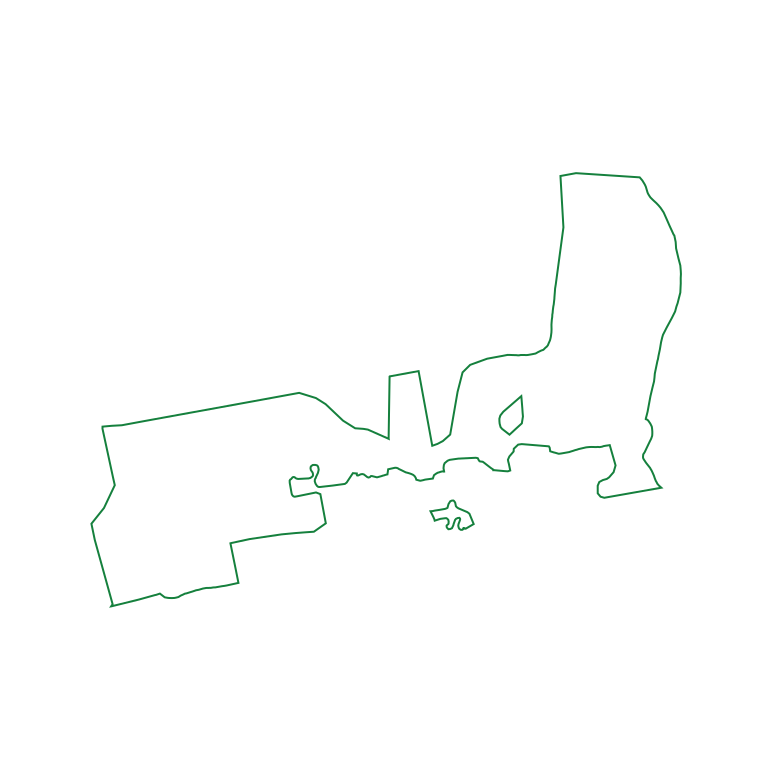 outline of As Safra, Sa`dah, Yemen, rotated 260°
{"feature_id": "15242507B71056496150063", "entity_name": "As Safra", "entity_type": "district", "adm_level": 2, "iso_a3": "YEM", "parent_name": "Yemen", "parent_adm1": "Sa`dah", "projection": "mercator", "projection_center": [43.803, 16.995], "detail": "fine", "context": "isolated", "style": "outline", "palette": "green", "viewbox_px": 768, "rotation_deg": 260, "n_neighbors": 0, "source": "geoboundaries", "source_scale": "gbopen_adm2", "svg_char_len": 6051}
<svg xmlns="http://www.w3.org/2000/svg" viewBox="0 0 768 768"><g transform="rotate(260 384 384)"><path d="M558.2,593.9L507.1,587.9L452.1,570.4L448.4,569.1L445.2,568.3L439.4,566.8L438.4,566.6L435.4,565.7L433.0,565.0L430.9,564.2L427.4,563.1L424.7,562.4L423.1,561.8L420.8,561.3L418.4,560.5L416.5,560.0L413.3,559.2L411.4,558.9L408.8,558.5L405.6,557.8L401.5,556.5L399.6,555.7L398.1,555.0L395.3,553.1L393.8,552.2L392.6,550.9L391.7,549.3L390.0,546.9L389.6,544.5L388.6,541.1L387.7,538.6L387.6,534.9L387.6,531.2L387.7,529.5L388.4,526.2L388.8,523.7L388.8,521.8L389.0,520.8L389.5,519.0L390.0,516.5L390.7,513.3L391.1,511.1L391.2,510.8L391.1,505.4L391.1,503.3L391.0,490.0L387.9,472.2L381.8,463.4L363.5,455.1L322.7,440.4L317.6,432.1L315.7,426.2L314.8,420.8L390.7,420.3L390.5,390.9L390.4,390.8L329.6,379.1L329.2,379.1L341.9,360.2L343.4,355.9L345.4,347.9L355.0,337.3L374.3,323.0L382.0,314.5L390.0,298.9L389.7,253.1L389.4,197.8L389.1,140.9L388.9,118.7L390.1,108.7L390.9,99.4L388.9,99.0L339.3,100.9L331.1,101.3L310.5,86.7L297.2,71.6L280.7,72.1L227.8,77.2L214.3,78.5L212.4,76.7L212.4,77.1L214.3,105.3L215.9,121.9L215.9,122.9L216.5,126.9L214.1,129.1L212.0,131.0L210.8,134.3L210.1,137.4L209.7,140.2L209.7,141.9L209.9,144.6L210.9,147.0L211.5,149.5L212.1,151.5L212.1,153.1L212.7,157.6L212.9,159.4L213.2,161.3L213.5,163.1L213.5,165.7L213.7,167.6L214.0,170.1L214.0,173.5L213.3,178.1L213.3,180.5L213.0,182.5L213.0,187.5L213.0,189.5L212.9,191.7L212.9,194.1L213.4,206.1L227.1,205.8L253.8,205.1L253.9,206.0L254.6,224.8L253.7,257.0L252.6,270.7L251.6,280.8L250.7,289.3L256.9,302.5L286.6,302.2L289.0,298.2L288.5,279.3L288.5,276.9L288.6,276.1L289.2,275.2L290.2,274.5L291.3,274.1L293.0,274.0L303.0,274.0L305.2,274.3L306.1,275.0L306.5,276.0L308.0,277.8L308.1,278.8L307.7,279.8L306.8,280.5L306.1,281.3L305.4,282.9L304.2,292.8L304.1,293.2L304.3,295.3L305.1,296.9L305.7,297.8L306.6,298.3L308.5,298.4L309.5,298.2L310.4,297.7L312.1,297.0L313.9,297.0L315.4,297.6L316.0,298.5L316.6,299.8L316.4,301.5L316.1,302.7L315.4,304.0L314.4,304.6L313.2,304.8L310.9,304.8L307.9,303.5L303.8,300.6L303.5,300.6L302.1,299.4L300.2,298.9L297.6,299.3L295.3,300.3L294.1,301.4L293.7,302.8L292.9,315.7L292.4,328.1L293.4,330.1L295.0,331.6L301.3,337.6L301.6,337.9L301.3,339.0L301.0,340.2L300.6,341.7L299.4,341.4L298.6,341.7L298.4,342.6L298.6,343.5L299.1,345.3L299.1,346.9L298.5,348.4L297.0,349.8L295.3,351.3L294.6,352.4L294.7,353.8L295.6,355.2L295.4,356.2L293.3,360.9L293.5,363.2L293.7,365.4L294.0,367.3L294.0,368.1L294.2,369.2L294.4,371.3L294.4,371.7L299.3,373.3L299.6,380.4L299.2,381.9L298.6,383.0L297.7,383.9L296.3,385.9L293.2,390.1L292.4,391.9L291.5,393.7L290.6,395.3L289.4,397.0L287.9,398.2L287.2,398.5L285.8,399.0L284.1,399.2L283.8,399.9L282.7,402.2L282.4,403.1L282.5,405.8L282.7,407.9L282.4,415.7L285.5,417.4L285.8,418.0L286.6,419.6L287.3,421.5L287.4,422.7L287.7,424.5L287.8,426.4L287.3,427.8L287.3,428.0L290.8,428.0L293.8,428.9L295.5,430.0L297.4,433.3L297.9,435.5L297.6,444.2L295.4,461.6L294.9,462.9L294.6,463.5L293.9,463.7L293.0,463.9L291.3,464.7L291.2,465.0L290.9,465.7L290.3,467.7L289.9,468.1L289.1,468.9L287.2,470.6L285.1,472.5L282.7,474.7L282.2,475.2L280.4,477.1L280.1,476.9L279.8,478.3L277.4,487.1L277.2,487.9L276.5,490.8L276.9,493.3L283.7,493.1L286.0,492.9L287.9,492.9L290.9,494.9L295.0,499.9L297.7,500.6L301.0,505.6L300.9,509.2L294.1,535.1L293.9,535.6L292.5,536.1L288.9,536.0L288.4,536.9L286.9,539.8L286.9,540.0L285.0,543.8L284.9,544.5L284.8,546.6L284.8,548.5L284.8,550.5L284.8,552.4L284.8,554.5L285.1,556.5L285.3,558.3L285.7,560.9L285.8,562.5L286.1,564.4L286.2,566.2L286.3,568.1L286.4,570.0L286.5,571.9L286.4,573.7L286.2,575.8L285.9,577.8L285.5,579.7L285.1,581.6L285.0,582.4L284.9,583.6L284.4,585.5L284.4,587.8L284.7,589.6L284.7,592.0L284.6,594.3L284.6,594.8L284.6,595.7L263.6,597.9L257.3,594.8L253.0,589.5L251.8,586.9L251.4,582.9L250.1,579.0L246.7,576.8L239.2,575.5L235.4,577.7L233.7,581.2L233.7,639.1L236.4,637.0L237.8,636.2L238.2,635.9L240.0,635.4L241.2,634.9L244.1,634.3L246.8,633.9L250.1,633.1L252.3,632.5L254.1,631.8L255.1,631.5L260.3,628.7L261.5,628.1L262.5,627.7L263.8,627.1L265.3,626.5L266.3,626.3L267.6,626.5L269.7,627.1L271.6,628.9L275.7,631.8L281.3,635.8L283.7,637.6L286.4,639.1L288.4,639.6L290.7,640.0L292.7,640.2L294.1,640.3L295.7,640.3L296.6,640.0L297.7,639.7L299.0,639.3L300.0,638.8L301.0,638.4L302.3,637.7L303.1,637.1L303.9,635.7L304.7,635.9L307.2,637.1L311.0,638.8L325.8,644.3L333.9,647.8L339.7,650.4L343.4,651.5L347.2,652.5L359.3,657.3L360.9,658.1L364.0,659.2L370.2,661.7L377.0,664.1L381.6,666.1L384.0,667.3L390.4,672.1L399.1,679.0L404.9,683.3L406.4,684.0L409.6,685.5L412.6,687.2L416.2,688.8L422.6,691.7L431.5,693.7L436.8,694.6L440.7,695.5L443.8,695.9L449.2,696.4L456.5,695.8L466.8,695.2L473.2,695.9L479.9,695.7L480.7,695.2L490.2,692.7L497.2,691.0L504.4,689.2L509.4,687.0L512.2,685.4L514.9,683.6L517.1,681.9L518.7,680.7L520.4,679.5L521.4,678.8L522.7,678.2L524.9,677.3L526.7,676.8L532.8,676.1L535.1,675.5L539.5,673.8L543.1,671.7L558.3,609.7L558.2,593.9ZM319.4,492.4L321.4,491.3L324.9,491.0L327.3,491.2L329.8,491.6L332.8,493.1L336.0,496.7L348.2,517.1L346.7,517.0L336.0,516.0L331.4,515.5L327.9,515.2L321.3,512.9L317.2,506.4L312.3,498.8L319.4,492.4ZM243.3,443.9L248.7,435.6L250.0,434.3L251.2,433.6L251.4,433.6L254.6,433.5L255.1,433.4L255.7,433.1L256.7,432.6L257.2,432.1L257.4,430.6L257.0,428.9L254.6,426.7L251.0,425.0L250.7,424.1L250.4,422.4L250.4,417.9L250.4,416.6L250.5,412.8L250.5,411.6L250.4,410.0L250.6,407.7L244.5,409.5L242.1,410.1L240.6,410.2L241.4,416.1L241.2,421.0L241.0,422.2L240.3,422.9L239.1,423.7L237.4,423.8L235.3,423.3L234.8,422.9L234.2,421.8L233.7,421.1L233.3,421.0L232.6,420.9L231.7,421.0L229.8,422.2L229.7,424.0L230.2,425.9L232.6,427.6L232.9,427.8L234.1,428.3L235.0,428.8L235.5,429.1L237.8,430.4L238.7,431.5L239.2,433.3L239.1,435.0L238.3,435.5L237.5,435.5L236.4,435.0L233.2,433.1L231.5,432.5L229.7,432.6L228.5,432.9L227.8,433.5L227.1,434.3L226.8,435.6L227.0,436.3L227.3,436.7L227.8,436.8L228.4,437.3L228.3,437.8L228.0,438.4L227.5,438.5L227.4,439.0L227.3,439.3L230.5,448.0L239.6,446.0L241.4,445.6L243.3,443.9Z" fill="none" stroke="#15803d" stroke-width="2"/></g></svg>